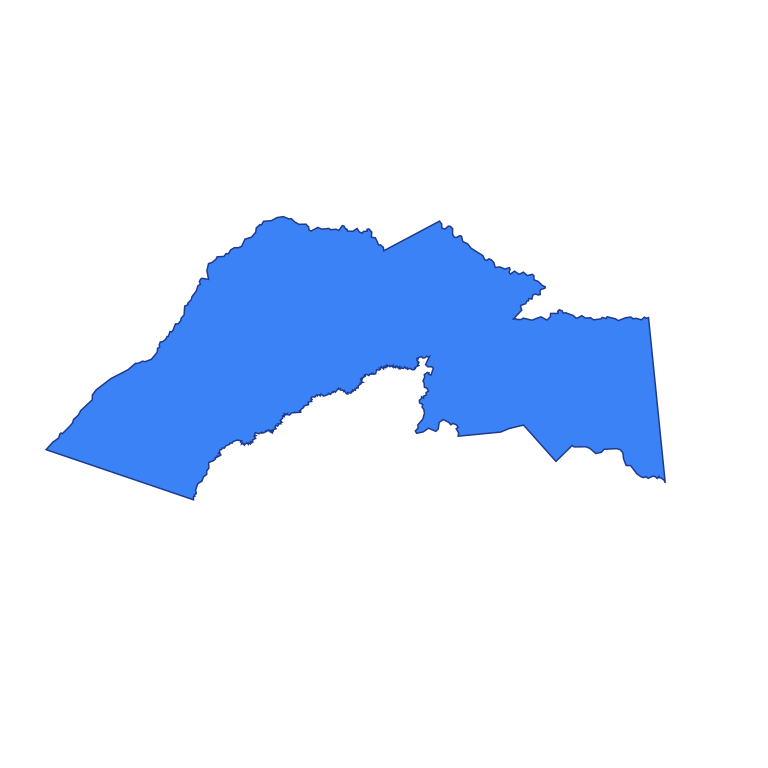 outline of Kalabo, Western, Zambia, rotated 289°
{"feature_id": "96606910B70334566672203", "entity_name": "Kalabo", "entity_type": "district", "adm_level": 2, "iso_a3": "ZMB", "parent_name": "Zambia", "parent_adm1": "Western", "projection": "albers", "projection_center": [22.442, -14.856], "detail": "fine", "context": "isolated", "style": "filled", "palette": "blue", "viewbox_px": 768, "rotation_deg": 289, "n_neighbors": 0, "source": "geoboundaries", "source_scale": "gbopen_adm2", "svg_char_len": 6165}
<svg xmlns="http://www.w3.org/2000/svg" viewBox="0 0 768 768"><g transform="rotate(289 384 384)"><path d="M556.1,383.5L509.9,340.4L513.0,338.9L514.4,335.3L513.7,333.7L519.4,328.3L518.7,324.3L523.6,323.0L525.7,319.2L524.6,317.6L523.1,318.4L521.5,314.9L519.5,314.3L519.7,311.2L522.3,307.9L518.2,304.9L516.7,299.5L518.1,298.9L518.3,296.9L520.3,294.8L520.2,293.0L514.6,291.4L514.7,288.2L512.5,283.3L513.2,281.2L510.2,275.0L510.5,270.4L504.9,265.3L505.2,263.0L507.9,261.6L509.7,258.1L507.3,251.7L508.1,246.8L510.2,242.5L509.1,240.3L509.5,234.3L506.6,228.8L501.7,224.2L498.6,217.1L494.5,216.4L494.3,214.8L490.0,212.4L485.8,213.3L479.7,210.9L475.7,205.4L467.9,204.6L465.5,202.1L464.2,198.2L460.8,195.3L456.5,194.5L455.9,192.2L452.5,191.1L449.9,184.8L447.5,184.6L443.2,182.1L440.7,178.9L433.6,179.6L425.8,184.1L424.7,177.4L423.2,176.4L420.8,176.1L418.4,177.9L416.3,176.1L410.8,176.2L403.9,174.0L401.1,174.3L396.6,172.2L395.1,172.8L392.8,170.2L384.1,172.5L380.1,170.8L377.5,171.2L373.7,169.7L373.1,167.3L366.1,167.0L364.0,166.2L364.0,164.6L358.8,164.6L358.3,163.4L355.2,163.0L352.1,161.1L350.9,158.8L347.9,158.7L345.8,159.9L344.1,158.3L340.0,159.2L331.6,156.0L327.3,150.8L327.0,148.3L323.7,145.1L322.5,142.2L314.1,137.3L300.2,124.0L284.8,113.8L278.6,111.8L274.1,113.3L260.1,105.9L255.1,105.2L249.4,102.0L245.8,102.2L241.3,100.4L232.4,96.1L232.5,94.5L231.2,93.8L227.0,94.0L221.2,89.8L211.9,85.9L212.5,241.6L215.4,240.6L216.3,241.7L217.4,240.8L219.3,242.2L222.3,240.4L229.2,240.4L232.9,243.5L237.4,243.5L240.7,245.8L244.1,244.7L247.5,245.8L252.6,243.8L256.1,247.8L258.3,249.1L259.4,248.3L260.6,250.2L261.4,249.6L261.9,251.4L263.8,252.8L264.6,250.1L265.4,251.3L265.8,250.4L268.6,250.4L269.2,251.8L270.8,251.8L271.4,253.9L274.5,254.8L276.6,257.6L277.9,257.5L278.7,259.7L280.5,260.1L283.2,263.5L283.8,267.1L282.7,267.3L283.7,268.1L280.9,268.8L281.7,269.2L280.9,271.5L281.9,270.9L281.8,272.3L283.8,273.3L282.8,275.3L284.0,275.1L283.8,277.1L285.6,276.5L285.3,277.7L286.1,277.3L286.3,278.8L288.1,277.9L290.8,280.3L292.2,278.2L293.5,279.7L293.6,278.3L296.0,278.0L296.3,282.0L298.6,284.0L297.8,284.5L298.7,286.1L300.6,288.0L301.3,287.5L301.9,289.7L303.0,289.6L302.9,292.1L301.8,291.7L301.4,294.1L302.8,293.3L302.3,294.4L303.5,294.6L303.8,293.1L306.6,296.5L307.6,295.1L309.8,295.3L309.6,297.1L311.6,297.6L311.9,296.9L312.8,299.5L314.2,298.7L314.6,299.8L315.8,297.8L318.9,299.3L320.8,298.6L320.8,300.0L322.0,299.1L321.5,300.0L322.4,299.6L322.6,300.5L323.5,299.6L323.4,301.5L324.6,302.3L323.6,302.5L323.9,304.7L326.6,306.0L327.9,308.7L328.8,308.4L327.9,309.1L330.1,314.2L331.0,312.9L331.4,314.0L332.9,313.6L335.6,315.7L337.2,315.5L340.0,319.4L342.2,318.2L344.0,321.3L345.2,320.1L345.9,321.0L347.2,319.5L348.3,320.2L349.3,322.5L348.5,322.6L351.6,323.8L351.1,324.8L352.1,324.8L352.8,326.6L352.0,327.5L354.0,327.8L352.9,330.9L355.9,334.5L357.0,334.4L356.7,336.7L359.9,337.9L359.5,338.6L361.0,339.6L360.5,340.7L365.1,342.3L364.4,342.8L365.5,344.3L364.1,344.7L364.7,347.3L363.9,348.3L364.9,348.5L362.5,351.7L362.8,353.1L364.2,352.5L364.4,355.2L365.2,356.1L366.2,355.6L366.9,357.1L368.1,356.3L368.7,358.9L369.8,358.2L370.8,359.5L371.8,359.2L372.0,360.8L373.9,360.2L376.7,362.1L377.2,361.2L378.7,363.5L378.9,361.9L381.2,361.8L380.4,360.8L381.0,360.4L381.0,361.4L382.4,361.9L382.6,361.1L384.5,363.1L386.0,362.5L386.5,363.5L385.9,363.2L385.7,363.7L387.0,363.4L387.4,364.8L387.1,367.0L388.6,367.2L389.3,369.3L390.5,369.2L390.2,370.4L391.0,370.5L389.9,370.9L390.9,372.7L395.2,372.5L395.6,375.0L396.7,375.7L397.5,374.5L398.0,375.8L399.5,375.7L398.1,378.7L400.0,378.2L399.9,381.0L400.7,379.3L401.3,381.0L402.2,379.9L402.9,380.5L402.1,381.9L403.2,383.2L402.3,384.0L403.7,385.4L403.1,386.4L404.6,386.7L402.8,388.0L404.2,388.9L403.4,389.8L405.1,390.3L403.9,392.0L405.3,392.9L403.3,393.4L403.8,394.6L405.3,394.8L404.6,395.4L405.1,397.4L407.1,398.0L405.8,399.8L406.8,400.7L405.6,401.5L407.3,403.4L406.7,406.1L407.5,408.0L409.1,407.7L409.0,408.6L410.3,408.5L412.8,410.8L413.0,409.5L415.3,410.0L415.2,409.1L416.4,409.3L416.9,407.6L418.9,406.8L419.0,408.2L420.1,407.8L422.1,410.6L421.2,412.0L422.1,414.1L424.3,415.4L423.7,417.2L424.6,417.9L415.8,417.0L414.6,419.9L415.8,423.4L415.1,425.5L407.7,425.5L407.8,423.0L409.2,423.0L409.1,421.3L405.8,419.0L404.0,420.2L399.4,419.9L398.3,421.4L394.0,423.3L394.0,426.0L391.8,428.3L389.4,426.5L387.3,427.6L385.4,425.3L383.6,426.0L384.1,423.7L382.5,424.2L380.1,422.7L377.7,423.8L377.2,427.4L374.6,427.4L372.9,430.0L369.4,431.8L363.5,432.1L356.3,429.3L353.6,430.7L349.8,428.9L348.0,430.9L351.4,436.6L356.7,440.5L356.1,448.4L359.1,449.9L365.7,448.7L369.7,451.7L368.8,457.7L367.2,460.5L369.2,462.0L369.0,465.9L367.3,468.2L365.2,466.8L362.1,470.5L358.8,471.1L376.5,509.9L382.7,516.9L390.6,529.3L366.8,571.8L387.1,581.9L386.4,584.2L390.4,595.4L390.1,599.9L387.2,606.9L390.2,611.8L393.9,613.3L398.7,625.2L398.8,628.7L396.7,632.3L391.6,634.6L385.8,639.4L387.1,643.8L381.5,652.2L380.1,656.5L379.9,659.6L381.7,662.1L380.8,664.5L384.3,668.0L384.8,670.5L383.6,673.0L385.9,673.9L384.9,674.2L385.4,676.2L384.3,680.1L382.1,682.1L532.9,612.5L531.6,610.6L531.9,608.3L528.5,606.6L528.2,601.1L526.8,598.2L527.7,595.6L525.2,590.7L520.1,584.8L521.0,581.9L520.2,573.1L518.3,572.9L518.0,568.7L516.1,567.8L512.9,561.2L513.9,557.7L511.9,553.1L513.0,548.8L509.3,545.4L508.9,543.9L510.4,540.4L510.5,532.6L509.4,530.3L511.1,528.7L511.3,525.6L509.3,524.6L507.4,525.5L505.0,518.5L501.7,519.4L497.5,517.3L498.6,510.5L492.5,503.1L491.6,494.2L489.6,492.7L488.3,488.7L487.9,489.4L488.6,487.8L487.6,485.2L498.8,490.2L501.4,488.0L503.1,487.9L505.9,491.7L509.0,492.1L509.7,493.6L511.8,492.9L512.5,496.2L516.6,495.8L518.4,497.8L518.4,501.0L519.5,502.6L522.8,501.2L524.6,501.7L527.0,505.0L528.4,504.8L528.7,501.6L531.2,496.3L531.3,491.9L535.1,490.5L536.0,488.7L533.2,484.1L535.1,479.3L531.7,476.1L533.2,470.6L529.0,467.7L530.4,465.9L533.3,465.9L534.9,464.7L532.0,460.8L532.4,455.4L530.4,451.2L534.6,448.4L536.4,444.9L536.4,442.3L534.3,440.9L534.4,438.7L537.6,435.6L540.7,422.2L543.8,417.4L544.3,412.2L549.0,409.1L548.9,407.4L546.2,404.8L545.6,402.8L547.8,400.1L553.3,398.3L554.7,395.3L554.2,393.4L550.4,391.2L550.2,388.0L554.1,386.4L556.1,383.5Z" fill="#3b82f6" stroke="#1e3a8a" stroke-width="1.5"/></g></svg>